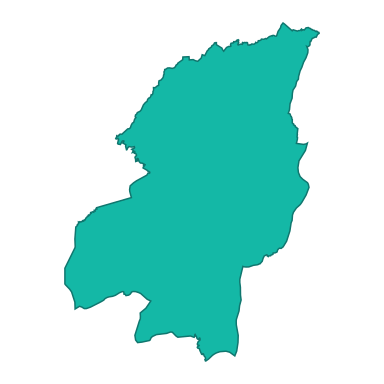 the district of Lam Plai Mat, Buri Ram, Thailand
{"feature_id": "78962969B20413411154684", "entity_name": "Lam Plai Mat", "entity_type": "district", "adm_level": 2, "iso_a3": "THA", "parent_name": "Thailand", "parent_adm1": "Buri Ram", "projection": "robinson", "projection_center": [102.861, 15.019], "detail": "fine", "context": "isolated", "style": "filled", "palette": "teal", "viewbox_px": 384, "rotation_deg": 0, "n_neighbors": 0, "source": "geoboundaries", "source_scale": "gbopen_adm2", "svg_char_len": 5898}
<svg xmlns="http://www.w3.org/2000/svg" viewBox="0 0 384 384"><path d="M234.8,355.9L236.7,351.1L238.0,342.5L238.2,335.4L236.3,324.9L236.2,320.9L236.4,319.3L239.0,311.0L239.6,305.6L241.1,300.0L240.5,295.1L240.4,287.2L239.8,282.5L239.8,279.3L242.9,266.4L243.9,266.8L246.1,267.0L248.9,266.9L253.5,265.3L257.2,264.8L258.8,264.3L259.3,263.7L260.0,263.8L262.2,261.3L263.1,258.3L264.3,255.9L266.7,254.8L267.2,255.1L267.4,256.1L268.3,256.0L268.4,256.4L269.0,255.8L270.6,255.8L271.0,255.1L272.9,254.4L273.1,253.1L275.3,252.8L277.0,252.0L277.8,249.6L279.3,248.2L281.1,248.4L283.1,246.9L286.6,241.2L289.9,230.9L291.1,222.9L292.1,220.4L292.5,215.0L293.5,212.2L296.4,208.0L300.2,204.6L301.8,202.4L306.1,195.0L309.0,187.4L308.3,184.2L307.5,182.7L302.7,179.2L300.1,176.6L298.4,172.4L297.9,167.7L299.0,160.8L305.4,150.5L307.4,143.1L306.1,143.9L303.5,144.4L296.4,143.4L297.4,139.1L297.5,137.3L297.0,137.0L297.4,134.4L297.2,134.2L297.8,128.7L297.3,128.6L296.8,127.6L295.3,126.8L295.1,125.6L293.6,124.9L293.7,124.1L292.3,123.0L292.3,119.4L291.8,118.9L291.8,117.8L291.3,116.6L290.8,116.2L290.1,114.0L288.3,113.4L289.5,109.6L290.0,103.8L292.1,98.2L292.4,93.4L293.0,90.1L295.6,86.1L296.6,81.6L298.4,79.2L298.6,76.5L300.1,70.9L301.8,67.4L303.6,62.2L306.0,57.8L307.8,52.8L308.0,49.7L306.8,46.5L307.3,46.8L308.1,46.6L309.7,45.5L309.7,44.9L310.1,44.2L309.9,43.1L310.2,41.5L310.8,41.5L312.2,38.4L313.7,37.9L315.0,37.1L316.3,37.1L317.5,34.5L319.1,33.4L318.9,32.4L317.3,31.9L317.2,31.4L316.4,31.1L315.8,31.5L314.4,30.4L312.8,30.1L312.1,29.5L311.4,29.5L310.5,28.5L309.7,28.4L308.3,27.5L306.0,27.9L304.3,30.0L303.3,29.7L301.9,30.4L301.9,29.4L301.5,29.0L300.0,30.6L298.5,30.6L297.4,31.1L293.1,29.8L292.2,30.8L284.6,24.1L283.0,23.0L281.1,25.4L280.5,27.8L278.1,31.3L276.7,35.6L276.1,36.2L275.1,36.1L273.8,35.4L272.8,35.4L272.4,35.9L271.9,35.7L269.3,36.6L266.5,38.9L265.6,38.5L263.9,39.3L261.4,39.1L260.9,40.1L259.5,40.7L258.3,40.7L257.8,42.2L256.8,42.8L256.2,42.6L255.9,42.8L255.7,42.5L255.1,43.5L254.1,44.2L251.7,44.0L251.3,44.6L250.1,44.6L249.8,45.2L247.9,44.9L247.5,42.8L246.9,42.4L245.8,42.8L245.3,42.5L244.2,42.5L243.6,43.0L242.6,42.5L242.3,43.0L242.5,44.1L242.3,44.4L240.8,44.1L238.2,45.0L237.8,44.3L238.2,44.0L238.3,42.9L238.7,42.7L238.4,41.2L237.9,41.1L238.3,40.6L237.8,40.6L238.6,40.1L238.2,39.7L236.7,40.3L236.3,41.4L235.3,41.4L234.7,41.9L233.7,41.7L233.4,42.8L231.0,43.3L230.5,44.6L230.9,46.1L230.2,46.5L228.8,46.4L226.5,47.5L223.7,51.2L222.6,49.8L221.9,48.1L216.4,44.7L216.4,42.6L215.6,42.6L215.2,43.1L214.5,42.9L213.6,44.7L211.9,45.7L211.5,46.9L208.7,48.9L208.5,49.7L207.3,50.7L204.8,55.6L202.2,54.7L201.2,58.1L197.7,61.3L195.3,60.7L193.2,59.6L189.3,59.9L189.0,56.7L182.9,57.0L182.7,59.7L177.8,63.2L177.5,64.1L176.0,65.2L175.7,66.1L174.5,67.7L172.3,68.4L169.6,67.9L167.5,68.0L166.0,69.1L164.7,69.5L164.7,70.5L164.0,71.8L164.1,74.3L163.6,74.9L163.3,77.0L162.7,78.1L160.8,80.2L159.1,80.7L158.7,82.3L158.6,85.4L157.3,85.9L155.1,87.7L153.5,87.6L153.6,90.1L152.9,91.8L153.0,92.8L152.5,94.3L151.9,94.9L151.2,94.7L150.6,96.7L149.6,97.9L148.7,98.1L147.7,99.3L147.0,101.5L145.5,102.4L143.4,104.9L141.3,109.8L140.0,111.3L137.3,112.6L136.7,114.0L135.5,115.0L135.2,116.8L135.9,117.6L134.6,119.2L133.7,122.3L132.3,123.2L131.2,125.2L130.4,127.7L129.2,128.7L127.7,128.9L121.8,134.3L120.4,134.1L119.7,134.3L119.1,135.3L118.3,135.3L117.8,136.1L117.9,136.6L117.5,136.7L116.7,136.0L116.6,137.2L115.7,138.4L116.1,139.0L118.0,138.7L118.6,139.1L117.6,143.4L118.1,144.1L120.4,144.5L122.2,141.2L123.1,140.8L123.8,140.9L123.9,141.7L122.9,143.1L125.8,144.7L125.6,146.3L126.5,149.8L126.9,149.7L127.8,147.8L128.9,146.6L132.0,147.1L134.3,146.6L134.6,147.7L134.3,148.2L131.7,149.3L133.2,150.4L133.2,151.0L132.4,152.5L133.7,152.1L134.3,151.3L134.7,151.4L134.9,152.0L134.2,152.7L134.3,153.3L135.8,153.6L136.5,155.1L136.4,155.7L135.5,156.3L135.0,157.3L135.6,159.6L135.7,161.5L137.6,160.9L137.8,160.2L137.1,159.7L137.0,159.0L137.4,158.5L138.1,158.7L139.2,161.7L140.4,163.0L142.4,163.2L145.1,164.7L145.0,165.0L143.5,165.1L143.5,165.4L144.0,165.6L144.1,166.3L143.2,167.1L143.1,168.0L147.0,170.2L147.7,171.1L148.4,171.2L149.8,172.2L149.7,173.0L149.2,173.3L148.1,173.0L146.8,175.2L136.5,180.8L133.6,182.8L130.2,185.8L129.6,189.6L129.8,191.6L131.4,197.6L96.5,207.7L96.4,208.3L96.8,208.4L96.9,209.0L95.7,209.1L95.5,209.8L94.8,210.2L95.0,210.8L94.2,210.5L94.2,211.2L93.8,211.5L93.7,212.2L92.6,211.8L91.7,212.2L91.3,213.1L90.6,212.7L90.4,213.8L89.9,214.7L89.4,215.2L89.0,215.1L88.8,215.5L88.4,215.2L88.0,216.3L87.4,216.3L86.6,217.6L85.8,218.1L85.1,219.9L84.4,219.9L84.2,220.4L83.6,220.4L83.6,221.1L83.2,221.2L83.1,220.6L82.7,220.6L81.6,221.8L80.8,221.7L80.0,222.2L79.6,221.8L79.1,222.3L78.5,222.0L78.6,223.5L77.3,224.7L77.4,225.5L75.8,227.0L74.9,239.1L75.2,246.5L75.0,247.7L64.9,268.2L64.9,283.8L65.2,284.5L69.7,289.2L71.6,292.0L74.9,302.2L75.1,309.0L79.5,306.3L81.7,307.0L84.3,308.6L86.2,308.6L87.7,308.1L90.5,307.1L101.1,301.7L103.8,300.1L104.7,298.9L106.8,297.6L108.8,296.9L112.6,296.3L115.4,295.3L119.4,292.8L121.9,291.7L123.1,291.6L123.8,292.0L124.0,294.2L125.2,294.3L126.0,295.6L128.7,295.1L130.3,294.0L131.7,292.0L133.0,291.5L135.6,291.6L138.5,292.5L140.7,293.5L147.2,299.3L150.8,301.0L145.9,308.2L140.2,313.0L140.4,316.3L140.3,318.9L139.4,320.9L134.9,335.3L135.6,340.0L137.6,342.6L141.9,342.1L149.5,340.5L150.1,340.0L151.0,337.9L152.4,336.5L156.4,334.6L166.6,333.4L170.5,332.0L172.3,332.2L176.0,336.0L177.8,337.2L190.5,336.0L194.1,337.3L194.7,336.5L194.7,334.9L195.1,334.4L196.7,337.2L197.0,338.4L197.6,339.1L198.5,339.3L199.5,338.0L199.9,338.2L200.1,339.9L198.2,341.6L197.3,344.0L197.6,345.0L198.9,345.2L199.1,345.6L197.5,346.8L197.3,347.5L197.9,348.2L199.4,348.7L200.0,350.7L201.6,354.2L202.2,354.5L202.8,353.7L203.4,353.9L204.3,356.2L205.3,357.3L205.6,358.8L204.9,359.5L205.4,360.9L205.8,361.0L208.5,359.1L212.5,355.3L214.5,353.9L216.6,352.8L219.9,351.7L225.9,351.2L229.7,352.2L234.8,355.9Z" fill="#14b8a6" stroke="#0f766e" stroke-width="1.5"/></svg>